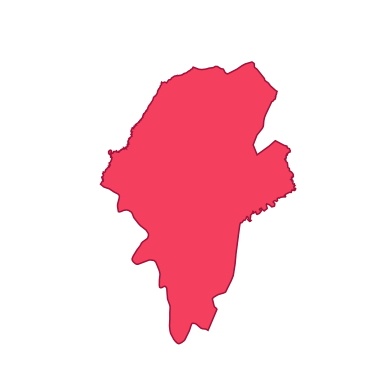 Mueang Si Sa Ket, Si Sa Ket, Thailand (Equal Earth projection), rotated 205°
{"feature_id": "78962969B95258731786412", "entity_name": "Mueang Si Sa Ket", "entity_type": "district", "adm_level": 2, "iso_a3": "THA", "parent_name": "Thailand", "parent_adm1": "Si Sa Ket", "projection": "equal_earth", "projection_center": [104.397, 15.099], "detail": "fine", "context": "isolated", "style": "filled", "palette": "rose", "viewbox_px": 384, "rotation_deg": 205, "n_neighbors": 0, "source": "geoboundaries", "source_scale": "gbopen_adm2", "svg_char_len": 6116}
<svg xmlns="http://www.w3.org/2000/svg" viewBox="0 0 384 384"><g transform="rotate(205 192 192)"><path d="M248.3,144.1L245.9,146.7L243.4,148.2L241.7,148.5L238.6,148.2L237.0,147.2L233.9,144.2L227.0,140.7L224.1,139.6L217.5,138.1L214.0,135.9L213.1,134.3L212.7,131.8L212.9,130.8L215.6,126.0L216.2,124.1L216.2,121.7L217.4,116.3L218.2,109.3L218.1,106.4L217.5,105.1L215.9,104.0L214.2,103.4L212.6,103.1L211.3,103.2L210.2,103.9L202.2,112.1L201.0,112.8L197.4,113.9L195.2,113.2L188.8,107.3L186.9,105.0L186.0,103.4L184.5,98.8L182.1,93.4L181.0,92.0L180.2,91.9L179.0,92.5L177.4,94.7L176.7,95.1L175.1,94.8L174.1,93.9L169.0,84.8L164.1,79.8L163.1,78.3L161.1,73.3L158.5,67.8L155.8,61.1L153.3,57.0L151.6,54.8L146.3,50.8L144.1,49.7L141.5,48.8L140.2,48.8L139.6,49.1L137.9,51.0L136.5,53.5L136.0,55.0L135.8,65.1L136.6,72.0L136.3,73.0L135.5,73.5L133.5,74.1L132.1,74.0L126.5,72.4L124.7,72.5L121.6,73.6L119.0,73.4L119.8,96.1L120.6,96.8L122.4,97.2L123.8,98.0L128.4,103.8L128.0,105.5L126.1,108.5L124.6,110.4L120.7,113.8L119.3,115.5L119.0,128.4L119.3,133.7L122.6,145.1L126.1,154.8L133.6,178.5L134.9,182.8L135.0,184.7L133.9,185.2L133.2,188.3L132.0,188.9L131.7,190.9L132.0,192.5L131.8,193.1L131.2,193.1L130.1,192.3L129.8,191.8L129.9,190.7L129.7,190.5L127.4,189.7L126.7,190.3L126.4,191.3L127.8,191.4L128.4,194.3L129.1,195.7L128.3,198.0L128.6,200.2L128.2,200.2L127.8,198.9L127.6,198.7L127.2,198.8L126.0,201.0L124.2,199.3L123.5,199.2L121.9,201.0L121.2,203.8L121.3,204.3L121.7,204.8L123.1,204.4L123.5,204.6L123.5,205.4L122.9,206.2L122.2,206.7L121.3,205.9L119.3,205.4L118.3,205.5L118.0,206.7L117.1,208.2L116.9,209.1L118.4,210.6L119.3,212.1L119.3,212.9L116.4,213.1L113.4,212.2L111.5,213.7L111.3,214.3L112.0,216.4L112.7,216.8L114.0,217.0L114.2,217.3L114.1,218.1L113.1,219.4L111.6,219.1L111.0,219.9L110.9,220.6L111.6,221.3L111.9,221.8L111.3,223.3L110.2,223.4L109.5,224.6L106.9,226.3L105.3,227.0L105.2,227.5L105.7,228.0L106.6,227.3L106.8,227.4L106.2,229.5L103.6,232.8L101.9,233.6L102.2,236.0L99.8,236.6L99.3,237.4L99.4,238.8L99.8,239.0L100.4,237.9L100.7,237.9L101.0,238.7L101.9,239.7L101.4,241.0L101.4,241.5L102.2,241.5L102.7,242.5L103.3,241.9L104.2,242.3L104.8,244.0L105.7,245.1L105.9,245.1L106.3,244.5L106.7,245.4L107.7,245.1L107.2,246.4L108.0,247.4L107.7,247.7L107.1,247.8L106.6,248.7L106.8,249.1L107.3,249.3L107.3,250.2L107.9,250.9L110.1,252.1L112.8,252.5L113.2,253.7L113.8,254.5L115.4,254.7L117.9,258.8L119.7,259.3L120.5,260.7L121.3,260.4L121.7,260.6L121.8,261.6L121.1,262.3L121.0,262.8L122.1,264.6L122.1,265.1L121.6,265.2L121.2,265.8L121.4,266.4L122.0,266.5L122.1,266.9L121.3,267.9L121.0,269.0L120.1,269.5L120.1,269.9L120.4,271.0L121.3,271.6L122.0,272.5L124.1,272.2L125.4,273.7L128.4,273.2L138.2,273.7L141.5,266.1L148.7,253.2L156.5,260.6L157.2,271.1L155.3,278.8L155.1,281.2L155.5,282.8L157.0,286.8L157.8,290.3L158.0,294.0L157.9,307.4L156.8,309.1L156.7,310.4L155.9,311.4L156.3,313.5L156.7,313.8L156.5,314.2L156.8,314.7L156.9,317.0L157.2,317.3L157.4,319.2L159.0,319.3L165.9,321.4L168.8,323.0L173.1,323.9L174.5,325.5L184.1,330.3L185.4,330.9L187.8,331.3L188.4,331.9L189.7,334.4L190.2,334.8L192.6,335.2L197.8,330.6L200.0,327.7L203.3,322.1L209.6,314.1L210.8,313.9L212.7,314.4L215.5,316.6L218.1,316.0L222.0,316.5L223.9,315.7L225.1,314.0L225.9,313.3L228.7,311.6L231.3,309.3L234.9,307.1L237.8,306.1L243.6,305.7L243.9,305.4L243.7,304.9L243.7,304.1L244.2,303.2L244.6,303.0L245.2,301.1L245.5,301.0L246.1,300.2L247.6,297.4L248.9,296.4L249.2,295.9L249.5,295.8L250.3,294.3L251.3,293.2L253.0,292.2L253.9,291.4L254.6,291.5L255.0,290.9L256.9,289.6L258.7,286.6L258.7,285.8L259.1,284.7L260.5,283.7L261.1,280.2L263.2,280.1L264.5,278.8L265.5,278.5L265.9,278.7L265.9,277.6L265.3,277.0L265.1,276.1L265.6,274.9L265.3,274.1L265.4,272.2L265.7,271.4L265.8,269.1L265.3,267.2L265.3,265.8L265.6,264.5L265.6,263.7L266.4,262.9L266.8,261.1L266.4,259.3L266.4,258.0L266.8,256.0L266.8,254.4L267.1,254.2L267.1,253.2L267.5,252.5L267.6,250.2L267.3,248.3L267.9,246.4L267.5,246.1L268.0,245.6L268.1,244.7L268.0,244.0L268.4,243.5L268.3,242.9L268.8,242.5L268.6,242.2L268.8,241.3L268.4,241.0L268.7,240.3L268.6,239.7L268.0,238.7L268.4,238.4L268.5,237.7L268.8,237.3L268.6,236.3L269.0,236.1L268.8,235.2L269.5,234.9L269.3,233.3L269.9,233.2L269.8,232.5L271.4,229.7L270.8,229.2L271.5,229.0L271.8,228.6L271.4,228.1L271.5,227.4L272.3,227.1L272.2,226.6L271.6,226.4L271.8,225.7L272.5,225.3L272.1,225.2L271.9,224.8L273.1,224.8L273.2,223.3L273.1,221.9L272.8,221.7L272.9,221.2L272.1,220.4L272.0,220.9L271.4,221.1L271.5,220.0L271.4,219.6L271.5,219.2L271.2,218.8L271.6,218.7L271.7,218.3L271.4,218.1L270.7,218.5L270.6,217.8L270.0,217.0L271.0,215.6L271.3,214.7L270.9,214.6L270.9,214.3L271.8,213.8L271.2,212.9L271.6,212.0L271.4,211.4L271.5,210.8L270.7,210.4L270.8,209.7L270.3,209.9L270.2,209.3L270.3,208.6L269.6,208.6L270.1,207.8L269.9,207.2L270.3,207.1L269.6,206.4L270.2,205.9L270.0,205.6L270.2,205.2L270.1,204.8L270.6,204.5L270.6,203.6L270.3,203.4L270.9,203.4L271.4,203.9L271.6,202.3L272.7,202.9L272.4,202.0L273.5,201.5L273.8,200.1L274.3,200.1L274.4,199.2L275.0,198.6L274.9,197.9L275.6,197.8L275.4,197.0L276.8,196.5L277.3,197.3L277.9,197.4L277.8,196.6L279.1,196.2L279.5,195.7L280.2,195.5L279.9,194.5L280.2,193.7L280.5,193.4L281.3,193.7L281.3,192.9L281.9,193.4L281.9,194.2L282.3,195.1L283.3,195.6L284.3,194.8L284.7,193.5L284.1,192.2L283.3,191.4L282.5,191.3L282.3,191.7L281.6,191.4L281.3,190.6L280.7,190.5L280.8,189.9L280.5,189.3L280.0,189.9L279.8,189.5L279.1,189.4L279.1,188.6L278.6,187.8L278.7,186.7L278.3,186.2L278.6,185.7L278.6,184.3L279.3,183.4L278.7,183.0L278.9,182.4L278.3,182.1L278.3,181.4L277.9,181.2L277.6,181.6L277.5,181.2L277.7,180.5L278.6,180.1L277.8,179.2L278.4,178.8L279.0,177.6L278.9,176.5L279.5,176.2L279.6,174.7L279.1,173.9L279.8,172.6L280.6,172.8L280.9,172.5L280.4,171.8L280.7,170.9L280.4,170.6L279.8,170.5L279.2,169.5L279.6,168.2L280.0,167.8L279.8,166.8L279.6,166.6L278.6,167.0L278.2,166.2L278.3,165.4L277.4,165.4L277.2,165.0L277.1,164.2L277.7,164.2L277.8,163.9L278.2,160.4L274.0,159.3L268.1,159.9L262.9,159.1L258.2,158.9L257.2,158.6L256.1,157.6L255.5,156.1L254.4,150.2L253.9,148.5L253.0,146.8L250.4,143.1L249.5,143.2L248.3,144.1Z" fill="#f43f5e" stroke="#9f1239" stroke-width="1.5"/></g></svg>